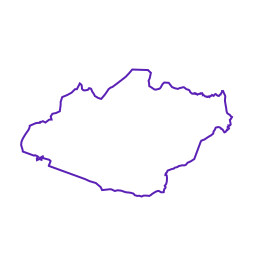 Ado Odo/Ota, Ogun, Nigeria, rotated 20°
{"feature_id": "59680162B74094197759690", "entity_name": "Ado Odo/Ota", "entity_type": "district", "adm_level": 2, "iso_a3": "NGA", "parent_name": "Nigeria", "parent_adm1": "Ogun", "projection": "mercator", "projection_center": [3.173, 6.633], "detail": "fine", "context": "isolated", "style": "outline", "palette": "violet", "viewbox_px": 256, "rotation_deg": 20, "n_neighbors": 0, "source": "geoboundaries", "source_scale": "gbopen_adm2", "svg_char_len": 5214}
<svg xmlns="http://www.w3.org/2000/svg" viewBox="0 0 256 256"><g transform="rotate(20 128 128)"><path d="M34.9,159.5L35.1,160.0L35.3,161.9L35.1,163.9L33.8,168.7L32.8,173.7L32.6,177.1L33.3,180.4L36.5,184.7L37.2,186.1L45.5,186.1L49.2,186.1L49.9,185.4L51.8,185.5L52.5,185.5L53.0,185.7L53.5,185.9L52.7,187.7L53.5,189.3L55.2,187.5L57.6,187.5L57.4,186.6L56.9,186.3L56.4,186.2L55.8,185.9L56.9,184.6L57.6,183.8L58.8,185.3L61.4,185.1L64.8,184.8L66.5,185.5L66.6,187.6L66.4,190.3L66.6,190.7L71.4,190.7L75.8,190.7L87.7,190.7L92.4,190.7L97.9,190.7L101.5,190.7L102.5,190.7L103.2,190.7L105.2,190.7L110.0,191.1L116.6,190.7L122.5,192.9L124.9,195.2L128.4,193.5L131.8,191.8L132.6,191.5L133.2,191.4L133.8,191.4L134.2,191.4L135.2,191.5L137.1,191.7L139.7,190.0L143.2,189.2L145.0,189.2L147.7,189.1L148.1,189.1L150.3,188.5L153.0,187.9L155.7,187.8L157.2,188.8L159.8,188.7L161.8,187.8L164.3,187.7L165.6,186.3L167.9,185.4L171.3,184.5L172.5,183.0L173.3,181.6L173.6,181.2L175.6,178.7L176.2,178.1L176.7,177.6L177.6,177.0L178.5,176.6L181.2,177.1L183.5,176.1L183.1,174.3L183.1,172.5L183.6,171.8L183.5,170.6L182.3,169.8L183.0,167.5L183.0,167.1L182.9,166.4L182.8,165.3L182.2,163.1L182.0,162.4L181.6,161.4L180.9,159.9L180.8,159.7L179.9,158.8L179.2,159.3L179.0,158.4L179.1,157.5L179.6,156.9L179.8,154.5L183.4,151.4L185.0,150.5L185.4,149.4L187.9,147.7L188.6,146.5L191.7,144.5L194.0,143.7L194.6,143.1L195.0,142.7L195.9,140.2L196.5,139.7L198.2,138.0L198.8,137.3L199.3,136.6L200.9,134.5L201.0,117.4L201.0,116.9L201.0,116.4L201.2,114.9L202.6,113.6L203.4,113.0L203.9,112.6L204.2,112.1L205.1,110.8L207.4,107.8L208.6,106.5L209.5,104.9L210.0,104.1L209.9,103.7L209.8,103.1L209.6,101.8L210.1,100.5L210.3,97.7L211.6,96.7L212.8,96.2L213.5,96.1L214.1,96.1L215.6,96.5L216.0,97.0L217.3,97.0L220.0,99.1L220.3,98.8L220.6,98.7L221.1,98.1L221.3,97.2L221.6,95.7L222.2,95.8L222.5,94.8L223.1,94.0L223.1,93.7L221.7,93.4L221.4,93.3L221.3,93.1L221.7,92.6L221.5,92.3L222.0,91.8L221.8,91.5L221.7,91.3L222.3,91.3L222.4,90.8L223.0,90.5L223.1,90.2L223.2,89.9L223.3,89.7L222.7,88.5L221.5,86.5L220.9,85.6L221.0,85.4L221.3,85.2L221.5,84.8L221.5,84.7L221.4,84.5L221.4,84.3L221.5,84.1L221.6,83.8L221.7,83.2L221.9,82.8L222.0,82.4L222.0,82.1L221.3,82.0L221.0,81.9L220.4,81.7L220.2,81.5L219.6,81.1L219.4,80.9L219.1,80.8L217.9,80.6L217.3,80.5L216.6,80.3L216.4,80.2L216.1,80.0L215.8,79.6L215.5,79.3L215.4,79.2L214.6,78.0L213.8,76.4L212.7,74.4L212.2,73.7L211.8,72.8L211.7,72.7L211.1,71.7L210.8,71.1L210.0,69.7L209.8,69.1L209.6,68.8L209.4,68.1L209.2,67.3L208.7,65.3L208.4,64.7L208.0,64.2L207.6,63.7L206.7,63.0L206.4,62.6L205.5,61.6L204.7,60.8L204.5,61.0L204.3,61.0L204.2,61.0L203.8,61.1L204.0,61.8L204.0,62.1L203.5,64.3L203.6,64.8L203.4,64.9L202.8,65.7L202.6,66.3L202.5,66.7L202.4,66.7L202.2,66.7L201.8,66.9L201.7,67.0L201.4,66.9L201.1,66.8L200.7,66.8L200.4,66.8L200.2,66.8L200.0,66.7L199.9,66.6L199.7,66.5L199.3,66.3L198.8,66.1L198.7,66.2L198.2,66.6L198.0,67.0L197.9,67.2L197.8,67.6L197.6,67.8L197.6,68.0L197.5,68.5L197.2,68.5L197.2,68.3L196.9,68.3L196.6,68.3L196.1,68.2L195.9,68.2L195.7,68.2L195.7,68.4L195.6,68.5L195.3,69.0L195.1,69.3L195.0,69.5L194.9,69.5L194.8,69.4L194.6,69.5L194.0,70.2L194.0,70.3L194.0,70.6L194.0,70.9L194.0,71.0L193.5,70.9L193.4,70.9L192.9,71.0L192.8,70.9L192.7,71.0L192.6,71.4L192.5,71.5L192.2,71.6L191.8,71.8L191.5,71.6L191.3,71.5L191.1,71.7L190.6,71.8L190.2,71.9L189.9,71.9L189.5,71.8L189.1,71.7L188.7,71.5L188.4,71.4L188.2,71.3L187.9,71.4L187.5,71.4L187.3,71.5L187.3,71.4L187.2,71.1L187.0,70.9L186.9,70.8L186.2,70.3L185.9,70.0L185.4,70.5L185.2,70.7L185.0,70.8L184.9,70.8L184.4,71.1L184.0,71.3L183.8,71.4L183.7,71.3L183.7,71.2L183.6,71.3L183.4,71.4L183.3,71.5L183.1,71.6L182.9,71.9L182.8,72.0L182.7,72.1L182.4,72.2L182.3,72.3L182.0,72.4L181.9,72.4L181.8,72.5L181.7,72.9L181.1,72.8L180.8,72.8L180.7,72.8L180.6,72.7L180.4,72.4L180.1,72.5L179.9,72.5L179.7,72.6L179.9,72.8L179.6,73.0L179.3,72.7L179.1,72.4L178.9,72.4L178.8,72.5L178.7,72.4L178.5,72.5L178.4,72.6L178.3,72.8L178.1,73.0L177.9,73.3L177.7,73.3L177.1,73.6L176.7,73.8L176.3,73.7L176.2,73.7L175.9,73.6L175.6,73.5L175.2,73.4L174.9,73.3L174.7,73.2L174.3,73.0L174.1,72.9L174.0,72.7L173.7,72.4L173.3,72.1L173.1,71.9L173.0,71.7L172.8,71.6L172.5,71.5L172.1,71.5L171.8,71.4L171.3,71.4L171.0,71.5L170.6,71.5L170.3,71.5L170.0,71.5L169.8,71.5L169.3,71.5L169.0,71.4L168.8,71.3L168.3,71.1L167.9,71.0L167.6,70.9L166.6,70.6L165.9,70.8L165.1,71.4L163.9,72.2L162.9,72.8L161.5,74.2L158.7,74.6L155.4,74.5L150.8,71.6L146.5,72.9L145.5,74.8L144.8,79.0L144.2,80.3L140.9,82.5L139.4,82.7L136.0,81.8L133.7,81.4L132.3,78.3L131.2,76.6L131.4,73.8L130.6,68.3L127.4,67.0L127.0,66.7L112.0,71.6L110.4,75.9L108.4,80.6L102.6,89.8L99.5,94.5L99.1,95.0L98.2,95.6L97.3,96.8L96.4,98.3L95.9,100.6L95.1,103.7L94.1,106.6L92.9,109.8L89.7,110.0L85.8,109.2L84.3,107.7L82.9,106.7L81.9,106.0L80.0,103.9L79.4,103.7L78.3,103.8L77.8,104.0L77.9,104.5L77.7,104.9L77.4,105.1L77.3,105.8L76.2,106.5L74.7,107.4L73.6,107.7L72.7,107.6L71.4,107.0L70.1,104.1L69.3,103.3L67.5,102.6L66.7,109.0L65.0,109.6L62.9,114.1L59.6,117.8L55.6,121.5L55.8,126.5L56.8,129.3L58.2,135.6L55.3,138.5L52.1,140.5L51.4,143.5L53.3,146.2L51.1,147.1L48.5,151.1L45.7,150.7L44.6,151.8L43.4,152.3L43.5,153.2L40.9,154.3L39.7,155.0L34.9,159.5Z" fill="none" stroke="#5b21b6" stroke-width="2"/></g></svg>